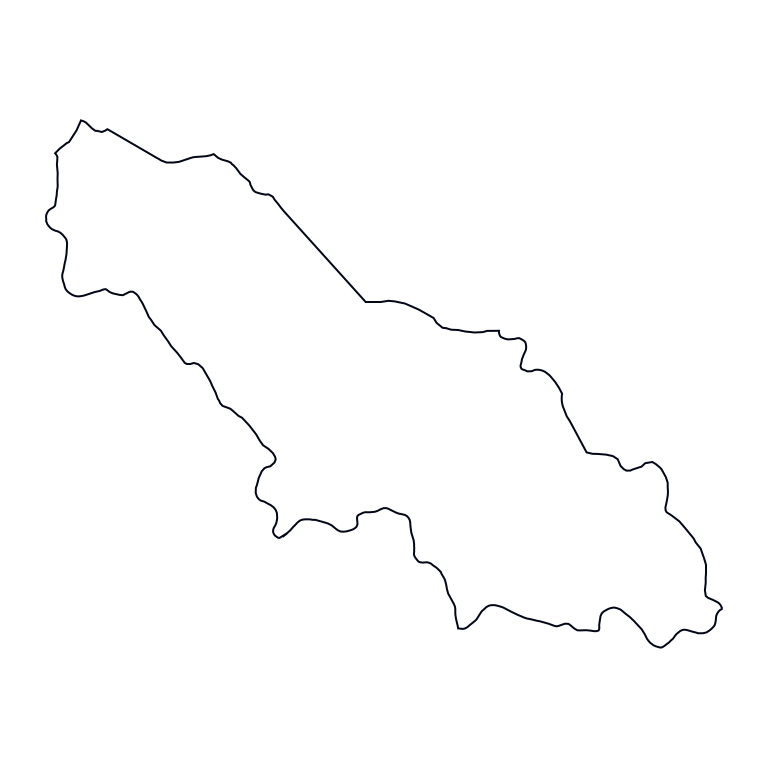 the district of Saut, Micoud, Saint Lucia
{"feature_id": "8701671B56473836536162", "entity_name": "Saut", "entity_type": "district", "adm_level": 2, "iso_a3": "LCA", "parent_name": "Saint Lucia", "parent_adm1": "Micoud", "projection": "mercator", "projection_center": [-60.943, 13.813], "detail": "fine", "context": "isolated", "style": "outline", "palette": "ink", "viewbox_px": 768, "rotation_deg": 0, "n_neighbors": 0, "source": "geoboundaries", "source_scale": "gbopen_adm2", "svg_char_len": 6036}
<svg xmlns="http://www.w3.org/2000/svg" viewBox="0 0 768 768"><path d="M255.9,487.9L255.7,492.8L256.3,494.8L256.9,496.6L258.0,498.2L259.2,499.5L260.5,500.4L261.5,500.9L263.1,501.2L265.2,502.1L267.0,503.2L270.7,505.1L273.6,507.3L275.6,509.8L276.2,511.2L276.9,513.0L277.2,517.6L277.1,519.1L276.3,523.0L275.2,525.6L274.5,526.7L273.7,528.1L273.3,529.4L273.1,530.7L273.2,532.4L273.8,533.8L274.9,535.5L277.6,537.5L278.6,537.9L279.6,537.9L284.7,534.7L284.5,535.4L286.1,534.2L288.0,532.3L290.2,530.4L293.4,526.7L294.6,525.6L297.3,522.7L299.1,521.2L300.2,520.5L301.9,519.8L304.1,519.4L306.1,519.3L309.6,519.3L312.3,519.8L315.6,519.9L325.8,522.8L328.0,523.5L329.8,524.4L331.7,525.4L336.6,529.4L338.3,530.5L340.6,531.5L343.1,531.7L346.4,531.4L350.8,530.2L353.1,529.3L355.0,528.1L356.4,526.9L357.5,524.2L357.0,517.9L357.5,515.9L358.5,515.0L363.1,512.7L365.4,512.2L369.1,512.3L374.8,511.8L377.5,510.9L379.8,509.7L381.8,508.8L383.8,508.1L386.3,508.1L388.2,508.7L395.2,512.2L397.0,513.0L399.2,513.7L401.9,514.2L404.8,514.9L406.7,515.9L408.2,517.4L409.6,519.7L410.2,522.3L410.4,525.6L411.0,530.5L411.4,533.0L413.7,540.5L414.1,544.0L414.1,546.7L414.3,548.2L414.1,549.7L414.2,551.5L413.9,554.2L414.4,556.0L415.6,558.1L416.9,559.7L418.4,561.5L419.9,562.2L422.6,562.6L424.9,562.4L427.4,562.3L430.7,563.4L433.1,565.4L436.5,567.7L438.2,569.3L440.9,572.1L441.6,574.0L444.2,578.3L445.1,580.5L446.2,584.7L446.9,588.9L447.5,591.2L448.2,593.6L454.1,604.4L455.0,606.9L455.3,608.8L455.3,613.5L455.5,615.6L456.1,619.3L457.6,625.4L458.1,628.4L462.5,628.9L463.5,628.8L464.9,628.5L467.3,627.2L469.5,625.3L475.0,620.9L476.7,619.2L479.8,614.2L481.8,611.2L483.4,609.8L486.5,607.0L489.1,605.6L491.9,605.1L495.0,605.2L497.4,605.7L501.2,606.8L502.7,607.3L504.9,608.4L511.4,611.8L517.6,614.8L525.2,618.0L527.0,618.5L531.0,619.3L537.5,620.9L539.6,621.2L548.5,623.7L553.9,625.7L555.8,626.2L556.9,626.3L558.4,626.0L562.0,624.7L564.7,623.8L566.1,623.7L568.3,623.9L569.8,624.7L573.9,628.2L575.4,629.2L577.4,630.3L580.0,630.4L586.3,630.2L589.5,630.5L594.5,631.2L596.8,631.1L598.6,630.5L599.3,628.7L599.2,624.6L600.5,616.2L601.7,613.4L603.7,611.5L605.4,610.5L608.2,609.0L610.3,608.2L613.3,607.6L615.1,607.7L617.7,608.4L620.6,609.6L622.7,611.3L625.4,613.6L629.8,617.0L633.6,620.6L641.7,629.3L644.8,634.3L647.0,638.8L648.5,640.8L650.1,642.7L651.8,644.0L653.7,645.4L656.1,646.4L659.6,647.4L661.1,647.6L662.4,647.1L664.0,646.2L669.3,642.2L671.1,640.3L672.9,638.8L675.8,634.8L676.9,633.7L680.2,631.0L682.3,630.0L684.3,629.7L685.0,629.7L687.9,630.3L692.2,631.6L696.2,632.6L697.8,633.2L700.7,633.3L703.2,633.2L705.8,632.6L707.2,632.0L709.7,630.3L711.5,628.8L713.0,627.3L714.5,625.5L715.3,623.1L715.7,621.1L716.2,616.0L717.2,613.5L718.7,611.3L720.2,609.9L721.7,609.2L721.9,607.9L720.6,605.1L719.1,603.4L717.5,602.2L713.0,599.9L708.1,597.9L705.8,596.0L704.9,590.3L705.7,582.9L705.7,577.5L706.0,573.2L706.0,564.8L704.1,558.4L700.6,548.5L695.6,542.3L693.6,538.4L685.4,528.4L679.4,521.4L671.8,515.6L666.7,512.3L665.6,510.3L665.4,507.6L666.7,501.6L667.7,495.9L668.0,492.0L667.7,487.2L667.7,482.7L665.8,477.0L661.4,469.1L659.7,467.3L655.7,464.0L652.3,462.0L645.2,463.2L641.6,466.6L633.2,469.3L630.2,470.6L626.3,470.6L623.6,469.0L620.6,466.0L617.7,459.2L612.9,456.1L606.0,454.6L597.3,453.9L592.8,453.9L586.6,452.4L569.9,421.2L566.8,416.4L562.9,406.5L562.2,403.7L561.8,401.1L561.7,399.1L561.8,395.7L562.1,393.7L559.1,388.0L555.2,382.0L551.8,377.9L549.7,375.5L547.9,374.0L545.0,371.8L542.1,370.5L538.9,369.8L537.0,369.7L534.9,369.9L531.8,371.2L529.6,371.3L527.2,371.3L524.9,370.2L523.0,369.6L521.7,369.0L521.2,368.2L520.6,366.9L520.6,365.3L521.5,361.9L521.9,359.4L523.7,354.7L525.6,350.6L526.0,349.4L526.2,346.5L525.7,343.5L525.3,342.3L524.2,341.0L521.2,339.1L519.1,338.1L517.0,338.3L514.3,339.0L512.2,339.1L509.9,339.3L507.3,339.3L504.5,338.6L500.9,337.0L500.1,336.0L499.4,334.4L498.9,332.6L499.0,330.8L487.1,330.9L482.9,332.1L474.6,332.5L465.3,331.5L458.1,330.0L451.2,329.7L445.9,328.1L442.6,327.8L436.6,322.9L433.6,318.0L419.0,309.7L404.9,303.5L394.7,301.4L388.5,300.8L380.7,302.0L365.7,302.0L284.4,211.8L281.1,207.9L278.5,204.4L274.7,199.8L272.8,196.7L268.6,194.4L265.2,194.6L260.5,193.6L255.5,192.1L253.2,190.2L250.4,184.7L249.8,182.0L248.3,180.5L243.7,176.8L240.3,173.8L236.3,168.3L233.6,165.4L231.8,164.0L230.9,162.7L227.9,161.3L221.9,159.6L218.0,157.8L213.7,154.1L210.8,155.2L206.3,156.2L194.0,157.1L191.5,157.7L178.9,161.9L173.5,162.5L166.6,162.5L161.4,160.6L159.2,159.2L156.1,157.5L107.4,129.2L105.1,130.7L101.7,132.0L97.4,130.9L95.5,130.9L92.0,128.4L85.9,122.5L83.9,121.4L81.0,120.4L76.6,130.3L69.0,142.1L66.9,143.0L59.6,148.7L55.1,153.3L56.2,154.5L57.4,156.7L57.2,161.1L56.9,164.5L57.7,173.3L57.5,178.9L57.7,186.3L56.9,191.9L56.7,195.2L55.9,199.8L55.3,204.4L54.8,206.0L53.4,207.3L50.2,209.2L48.6,210.5L47.5,212.1L46.7,213.7L46.2,215.3L46.1,216.8L46.1,218.3L46.3,219.3L46.1,221.0L47.4,224.3L48.6,225.9L50.4,227.9L52.0,229.2L55.3,230.7L57.3,231.2L58.7,231.8L60.7,233.0L62.5,234.6L65.2,237.8L66.1,239.1L66.7,240.9L67.1,243.8L66.5,253.9L65.6,259.5L64.7,263.4L63.5,269.9L62.3,274.4L62.2,276.8L62.7,279.7L63.3,281.9L64.2,284.5L64.8,287.1L65.8,289.4L67.4,291.4L69.5,293.1L71.8,294.6L74.3,295.7L76.1,296.2L78.6,296.4L80.6,296.2L83.9,295.6L94.9,292.0L99.9,290.9L102.4,289.8L104.2,289.3L105.9,289.2L107.6,290.4L109.5,291.9L112.6,293.3L119.6,294.9L123.0,295.2L125.3,293.9L125.9,293.7L128.6,292.3L130.8,291.6L133.0,291.8L135.0,293.1L136.8,294.5L138.5,296.6L140.3,299.9L141.8,302.0L143.0,304.3L146.8,312.3L148.8,316.9L150.8,319.5L154.5,325.1L160.9,330.7L163.4,334.8L168.2,341.5L171.1,346.1L177.1,352.7L181.1,357.8L184.6,362.7L186.8,364.0L190.5,364.0L191.8,363.5L194.0,363.0L198.2,364.2L202.7,368.1L210.1,380.9L212.4,386.2L215.6,392.6L217.8,398.8L219.1,400.6L220.1,403.1L222.6,405.9L230.3,408.7L232.5,410.5L238.5,415.9L242.0,417.7L249.2,425.4L256.1,434.3L259.8,440.7L263.1,445.3L268.5,448.9L272.8,453.0L275.0,456.6L275.7,459.4L274.5,462.5L270.3,466.3L266.8,467.1L264.6,468.1L261.8,471.2L258.6,478.3L258.1,480.6L256.6,486.1L256.3,486.6L255.9,487.9Z" fill="none" stroke="#020617" stroke-width="2"/></svg>